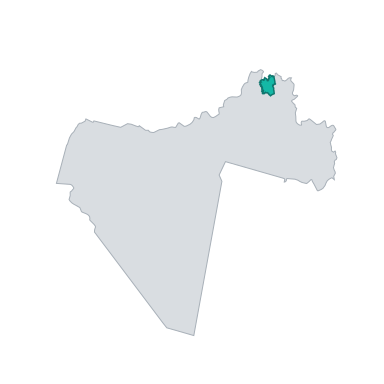 Kolondieba, Sikasso, Mali (highlighted), rotated 196°
{"feature_id": "8926073B25086326483325", "entity_name": "Kolondieba", "entity_type": "district", "adm_level": 2, "iso_a3": "MLI", "parent_name": "Mali", "parent_adm1": "Sikasso", "projection": "robinson", "projection_center": [-6.6, 10.875], "detail": "fine", "context": "in_parent", "style": "filled", "palette": "teal", "viewbox_px": 384, "rotation_deg": 196, "n_neighbors": 0, "source": "geoboundaries", "source_scale": "gbopen_adm2", "svg_char_len": 6986}
<svg xmlns="http://www.w3.org/2000/svg" viewBox="0 0 384 384"><g transform="rotate(196 192 192)"><path d="M72.8,287.6L72.9,286.3L71.8,285.3L71.8,284.8L72.4,280.8L72.4,279.7L72.8,277.7L72.1,276.8L71.9,276.1L70.3,273.5L69.7,271.2L68.9,269.8L66.9,269.3L66.1,270.5L65.7,270.8L64.9,269.9L64.7,269.1L64.7,268.4L62.1,264.9L62.3,263.0L63.3,262.0L63.6,260.4L62.7,258.6L62.8,256.8L62.7,254.3L61.2,252.1L60.2,251.1L59.4,249.6L60.1,246.1L58.6,243.1L61.4,244.3L62.7,243.2L64.1,241.7L65.2,239.7L65.7,237.2L65.9,235.0L67.1,231.7L68.4,230.1L71.2,227.8L72.0,228.0L76.6,232.9L79.2,235.4L80.2,236.8L81.0,236.8L82.3,234.4L83.7,232.3L84.3,231.7L88.9,231.5L91.3,231.9L93.4,232.5L96.5,232.7L104.5,231.1L104.6,230.1L104.5,228.9L104.8,228.0L105.5,227.2L106.1,227.0L106.3,229.8L107.0,230.3L108.9,230.4L168.2,230.4L170.6,215.8L166.2,210.5L150.7,54.5L178.8,54.5L183.7,58.0L274.7,126.6L275.2,128.8L275.1,131.9L275.8,132.8L277.1,133.8L282.3,136.7L282.7,137.3L282.9,138.5L283.6,140.0L284.7,140.9L285.9,141.5L287.5,141.9L292.2,142.4L293.2,143.1L295.2,145.8L296.3,146.3L302.6,147.8L304.7,148.5L306.9,149.8L308.1,150.9L308.1,155.1L309.0,157.9L309.0,158.6L308.0,159.7L307.8,160.5L306.7,162.7L306.9,163.6L309.1,165.3L310.2,165.7L311.5,165.7L324.7,162.9L325.4,202.6L324.9,203.2L324.7,210.3L323.8,214.4L322.1,217.5L321.1,222.1L320.5,223.0L320.0,225.6L319.0,227.1L317.3,227.7L314.3,230.6L314.1,233.0L306.9,231.7L306.4,231.7L306.1,232.0L305.9,233.3L287.5,234.0L278.4,234.5L272.8,239.9L269.1,240.4L264.4,240.0L262.1,239.9L261.1,240.2L261.0,241.2L253.6,238.5L250.9,239.3L250.4,239.0L250.1,238.5L248.7,238.1L246.6,238.3L245.1,238.7L240.5,242.9L237.9,244.0L233.3,246.5L230.0,248.7L228.8,249.1L227.0,249.2L225.5,249.6L224.2,254.5L223.3,255.0L217.7,253.0L216.6,253.3L215.6,253.9L212.5,256.7L211.0,259.0L210.1,262.0L210.3,264.0L209.7,264.6L208.3,264.8L205.7,264.1L204.9,264.4L204.6,265.9L204.6,269.2L204.1,271.4L202.5,272.1L201.3,273.0L200.4,273.2L199.6,273.0L195.1,269.7L193.6,269.2L191.9,269.5L190.3,270.9L187.4,274.4L187.7,275.6L188.5,277.1L189.1,278.8L189.1,280.4L185.0,282.7L185.9,284.4L185.8,288.9L183.9,290.9L183.3,292.3L181.4,293.7L179.8,294.5L174.8,295.7L172.8,297.2L171.9,298.3L171.6,299.6L171.8,301.0L172.8,304.0L172.5,306.7L171.7,309.8L170.9,311.2L168.6,312.9L169.0,314.9L169.1,317.9L168.8,321.7L168.1,324.3L167.5,324.0L165.3,324.1L162.9,324.9L162.0,325.6L161.8,326.5L159.8,328.5L158.4,328.4L157.1,327.9L156.4,327.3L156.4,327.0L157.2,325.3L157.2,324.7L156.4,321.8L156.6,321.1L156.2,318.9L156.1,318.7L153.4,319.7L153.3,320.1L153.7,321.6L153.4,321.8L152.5,321.8L151.1,321.3L149.7,320.0L149.3,320.4L149.2,321.5L149.1,322.7L149.4,324.9L149.0,325.7L146.8,325.5L144.9,325.8L144.4,326.6L144.2,327.5L144.6,328.5L144.6,328.9L143.8,329.5L143.4,329.5L142.3,328.4L138.1,327.4L137.8,325.9L137.3,325.8L135.9,324.0L135.4,324.1L134.9,324.4L133.3,324.2L131.9,325.8L130.8,327.8L129.7,328.7L127.9,329.1L128.2,327.9L127.7,326.2L124.0,324.0L123.4,323.2L122.5,318.3L122.6,316.8L122.8,315.6L122.7,314.6L122.3,313.8L121.2,313.1L120.1,312.7L118.6,313.7L117.9,313.9L117.3,313.8L116.9,313.5L117.0,313.0L118.6,310.4L119.3,309.3L120.9,308.0L121.3,307.4L121.3,306.9L121.2,306.5L120.1,306.0L118.6,304.8L117.7,304.7L117.0,304.1L116.2,302.2L115.9,301.8L115.1,301.6L114.4,301.2L114.5,296.6L113.0,293.1L111.6,288.7L110.9,287.7L109.6,286.8L108.1,286.2L106.7,286.0L105.2,286.5L105.2,286.9L106.0,288.3L106.2,289.1L106.1,289.9L105.8,290.4L103.7,290.9L100.9,292.5L100.0,294.3L99.3,294.6L98.2,294.3L90.9,291.2L87.8,292.6L85.7,295.3L85.3,296.2L84.3,297.0L83.8,297.0L83.2,296.5L81.1,292.3L80.2,291.3L79.0,291.3L78.0,292.0L77.0,293.4L75.7,294.7L74.8,295.0L74.1,294.8L71.1,292.0L70.9,291.4L72.3,288.1L72.8,287.6Z" fill="#d9dde1" stroke="#a8b0b8" stroke-width="1"/><path d="M145.1,325.6L145.3,325.7L145.5,325.7L145.7,325.8L145.8,325.8L146.0,325.7L146.1,325.8L146.3,325.8L146.3,325.7L146.4,325.8L146.5,325.8L146.5,325.7L146.8,325.5L146.9,325.4L147.0,325.3L147.1,325.1L147.3,325.1L147.4,325.3L147.5,325.4L148.1,325.5L148.4,325.6L148.6,325.7L148.7,325.8L148.8,325.9L149.0,325.9L149.3,325.9L149.4,325.7L149.5,325.7L149.8,325.5L149.8,325.4L149.7,325.2L149.8,325.1L149.7,325.0L149.7,324.9L149.8,324.8L150.0,324.5L150.0,324.4L150.1,324.1L149.9,324.1L149.9,323.9L149.7,323.8L149.5,323.7L149.4,323.6L149.3,323.4L149.3,323.2L149.2,323.2L149.3,323.1L149.2,323.0L149.3,322.9L149.3,322.7L149.2,322.5L149.2,322.4L149.3,322.3L149.5,322.4L149.5,322.2L149.4,322.0L149.5,321.9L149.4,321.8L149.4,321.7L149.5,321.6L149.5,321.4L149.4,321.2L149.4,320.9L149.5,320.9L149.4,320.7L149.5,320.6L149.8,320.5L149.8,320.4L149.7,320.4L149.7,320.0L149.8,320.0L149.8,319.9L150.0,319.8L150.3,319.8L150.4,320.0L150.4,320.3L150.5,320.4L150.6,320.5L150.9,320.7L151.1,320.7L151.2,320.8L151.3,320.9L151.4,321.0L151.5,321.1L151.6,321.3L151.8,321.4L152.1,321.5L152.3,321.5L152.6,321.5L152.8,321.6L153.0,321.6L153.4,321.8L153.4,321.7L153.6,321.5L153.7,321.4L153.8,321.2L153.7,320.8L153.7,320.7L153.6,320.1L153.6,319.9L153.6,319.6L153.6,319.4L153.7,319.2L153.8,319.1L154.0,319.1L154.3,319.3L154.6,319.4L154.7,319.5L154.9,319.5L155.0,319.5L155.5,319.2L156.1,318.7L156.3,318.6L156.3,318.4L156.5,318.4L156.6,318.2L156.7,317.9L156.4,317.7L156.3,317.4L156.5,317.3L156.9,317.4L157.0,317.4L157.0,317.0L156.9,316.8L156.6,316.7L156.9,316.6L157.0,316.4L157.1,316.2L156.9,316.2L156.7,316.1L156.7,315.8L156.6,315.7L156.4,316.0L156.2,316.2L156.1,315.7L156.2,315.3L156.4,315.0L156.4,314.8L156.4,314.6L156.2,314.5L156.2,314.3L156.4,314.2L156.2,314.0L156.1,313.8L155.7,314.0L155.4,314.0L155.5,313.8L155.5,313.7L155.4,313.6L155.1,313.5L154.9,313.3L155.0,313.2L155.0,312.9L154.8,313.0L154.7,313.3L154.5,313.2L154.4,313.0L154.4,312.9L154.5,312.7L154.5,312.4L154.4,312.4L154.2,312.3L153.8,312.6L153.7,312.5L153.7,312.4L154.0,312.2L153.9,312.1L153.8,311.8L153.7,311.7L153.2,311.7L152.9,311.4L152.9,311.2L153.0,311.2L153.1,311.3L153.2,311.2L153.4,310.7L153.2,310.3L153.2,310.1L153.1,309.9L152.9,309.9L152.7,309.6L152.5,309.4L152.5,309.2L152.6,308.9L152.6,308.5L152.7,308.4L152.8,308.2L152.6,308.0L152.5,307.9L152.3,307.9L152.1,308.1L151.8,308.2L151.7,308.5L151.6,308.9L151.5,309.1L151.4,309.3L151.3,309.2L151.2,309.1L151.2,308.5L151.3,308.2L151.5,308.0L151.5,307.8L151.5,307.7L151.7,307.4L151.6,307.1L151.6,306.9L151.7,306.6L151.6,306.4L151.3,306.1L150.9,306.0L150.3,306.4L150.1,306.5L150.2,306.8L150.2,307.0L149.9,307.1L149.8,306.8L149.8,306.6L149.7,306.5L149.3,306.9L149.1,307.6L148.7,308.1L148.2,307.8L147.2,308.0L147.0,308.3L146.6,308.3L145.6,307.5L145.0,307.3L144.8,306.9L143.7,306.5L143.1,306.1L142.0,307.6L140.1,309.2L141.3,312.2L141.6,312.4L142.1,314.4L142.9,315.3L143.4,315.6L143.7,316.1L143.7,316.5L143.8,316.7L143.8,316.8L143.7,316.8L143.7,317.1L143.4,317.4L143.2,317.3L143.2,317.5L142.9,317.7L142.9,317.8L143.0,317.8L142.9,317.9L142.7,318.2L142.5,318.3L142.6,318.5L142.4,318.7L142.4,318.8L142.2,318.8L142.3,318.9L142.3,319.0L142.2,319.0L142.0,319.3L142.3,319.4L142.4,319.6L142.4,319.9L142.5,320.0L142.6,320.3L142.7,320.8L144.6,324.5L145.0,325.4L145.1,325.6Z" fill="#14b8a6" stroke="#0f766e" stroke-width="1.5"/></g></svg>